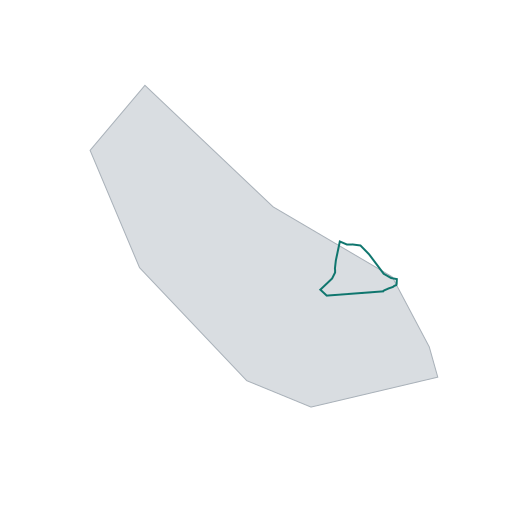 Dominica, with Saint Peter highlighted, rotated 145°
{"feature_id": "DMA-1441", "entity_name": "Saint Peter", "entity_type": "Parish", "adm_level": 1, "iso_a3": "DMA", "parent_name": "Dominica", "parent_adm1": "", "projection": "robinson", "projection_center": [-61.46, 15.5], "detail": "fine", "context": "in_parent", "style": "outline", "palette": "teal", "viewbox_px": 512, "rotation_deg": 145, "n_neighbors": 0, "source": "natural_earth", "source_scale": "10m", "svg_char_len": 694}
<svg xmlns="http://www.w3.org/2000/svg" viewBox="0 0 512 512"><g transform="rotate(145 256 256)"><path d="M331.3,437.7L249.1,459.5L213.8,286.4L156.4,160.8L166.2,82.2L176.6,52.5L297.6,100.7L335.1,159.2L358.1,313.2L331.3,437.7Z" fill="#d9dde1" stroke="#a8b0b8" stroke-width="1"/><path d="M179.0,219.8L174.9,213.2L170.1,209.9L164.4,204.7L162.4,192.5L161.6,168.2L158.0,160.5L153.9,156.3L156.8,152.5L157.1,152.2L157.8,151.7L159.8,152.2L160.3,152.2L161.1,152.1L161.9,152.2L166.4,153.5L166.8,153.5L170.6,154.3L171.2,154.3L171.8,154.3L172.1,154.1L220.8,183.0L222.6,191.5L206.6,193.9L200.7,197.1L199.4,198.9L198.5,200.5L193.2,206.5L179.0,219.8Z" fill="none" stroke="#0f766e" stroke-width="2"/></g></svg>